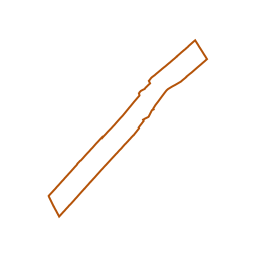 Thanyaburi, Pathum Thani, Thailand (Robinson projection), rotated 154°
{"feature_id": "78962969B80991163845890", "entity_name": "Thanyaburi", "entity_type": "district", "adm_level": 2, "iso_a3": "THA", "parent_name": "Thailand", "parent_adm1": "Pathum Thani", "projection": "robinson", "projection_center": [100.776, 14.033], "detail": "fine", "context": "isolated", "style": "outline", "palette": "amber", "viewbox_px": 256, "rotation_deg": 154, "n_neighbors": 0, "source": "geoboundaries", "source_scale": "gbopen_adm2", "svg_char_len": 5078}
<svg xmlns="http://www.w3.org/2000/svg" viewBox="0 0 256 256"><g transform="rotate(154 128 128)"><path d="M26.8,155.3L27.0,157.1L27.1,158.4L27.4,160.6L27.6,162.6L27.8,164.6L28.0,166.2L28.1,167.3L28.4,169.6L28.6,172.1L28.9,174.7L29.1,176.5L29.2,177.4L31.1,176.9L31.9,176.7L34.4,176.0L37.6,175.1L38.8,174.6L39.6,174.4L40.6,174.2L40.8,174.1L41.7,173.8L42.6,173.6L43.6,173.4L44.0,173.3L44.2,173.2L44.4,173.2L44.8,173.1L45.4,172.9L45.9,172.8L46.3,172.7L46.7,172.6L47.1,172.5L47.8,172.3L48.0,172.2L49.2,171.9L51.4,171.3L51.5,171.3L52.7,171.0L52.7,170.8L53.3,170.7L54.1,170.5L56.2,169.9L57.2,169.7L59.8,169.0L60.6,168.8L61.5,168.5L62.2,168.4L64.2,167.9L66.9,167.2L67.7,167.0L68.8,166.8L70.9,166.3L71.4,166.2L72.5,165.9L72.8,165.8L74.1,165.5L76.9,164.8L78.6,164.4L80.1,164.0L81.0,163.7L81.3,163.7L84.0,163.2L84.7,163.0L85.1,162.9L87.5,161.7L87.9,161.5L88.6,161.2L88.6,158.4L90.3,157.9L91.6,157.5L93.0,157.0L93.9,156.7L94.3,156.6L94.5,156.6L95.8,155.8L98.1,155.8L100.1,155.7L102.0,155.0L102.2,154.8L102.3,154.7L102.5,154.5L102.9,154.3L103.0,154.3L103.2,153.1L103.4,152.2L103.7,152.0L104.7,151.6L105.6,151.2L106.2,151.0L107.0,150.6L107.5,150.4L108.4,150.0L108.9,149.8L109.1,149.7L111.0,148.9L112.5,148.2L113.8,147.6L115.1,147.0L116.6,146.3L118.3,145.6L118.8,145.3L119.1,145.2L120.4,144.6L126.3,141.9L127.4,141.4L130.6,140.2L136.4,137.8L138.7,136.8L140.6,136.1L143.0,135.1L145.5,134.2L147.7,133.4L150.9,132.1L152.9,131.4L155.4,130.4L155.3,131.1L157.5,130.3L161.0,128.9L163.7,127.9L166.3,126.8L168.7,125.8L170.7,125.1L173.0,124.1L176.0,123.0L179.0,121.8L182.1,120.5L184.7,119.5L185.4,119.5L186.3,119.2L187.2,118.8L188.7,118.3L189.5,117.9L189.6,117.6L190.3,117.3L191.4,116.8L192.1,116.6L193.0,116.2L193.5,116.0L193.8,115.9L194.1,115.8L195.0,115.3L195.5,115.2L196.9,114.6L198.6,113.9L200.9,113.0L201.5,112.8L203.3,112.0L204.2,111.7L204.9,111.4L205.6,111.1L206.5,110.8L207.8,110.2L209.5,109.5L209.9,109.4L211.9,108.6L212.8,108.2L214.1,107.7L214.9,107.3L215.6,107.1L215.8,107.0L216.0,106.9L216.6,106.7L217.0,106.5L217.4,106.4L217.9,106.2L218.1,106.1L218.5,105.9L218.9,105.7L219.1,105.7L219.4,105.5L219.7,105.4L220.4,105.1L220.9,104.9L221.5,104.7L222.1,104.5L222.2,104.4L222.7,104.2L223.1,104.1L223.4,104.0L223.7,103.8L224.3,103.6L225.6,103.1L226.7,102.7L228.2,102.1L229.1,101.7L229.2,100.6L229.2,98.9L229.2,97.9L229.2,97.7L229.2,96.8L229.2,94.7L229.2,93.6L229.2,92.3L229.2,91.2L229.2,90.5L229.2,90.4L229.1,90.1L229.2,89.9L229.1,89.7L229.1,89.0L229.1,88.3L229.1,87.5L229.0,86.5L229.0,85.8L228.9,84.7L228.9,83.8L228.9,83.0L228.8,81.8L228.8,80.7L228.7,79.6L228.7,78.6L226.4,79.5L226.2,79.6L225.2,80.0L224.1,80.4L223.5,80.7L221.5,81.4L219.4,82.3L217.8,82.9L217.6,83.0L216.5,83.4L215.4,83.9L214.5,84.3L213.9,84.4L211.3,85.4L210.1,85.9L208.8,86.4L206.7,87.3L206.3,87.5L204.9,88.0L203.7,88.5L202.3,89.1L199.9,90.1L199.4,90.3L198.9,90.5L198.4,90.7L198.0,90.9L197.4,91.1L197.0,91.3L196.6,91.4L196.2,91.6L195.6,91.8L195.0,92.1L194.6,92.2L194.4,92.3L194.0,92.4L194.0,92.5L193.7,92.6L193.1,92.8L192.6,93.0L192.1,93.2L191.9,93.3L191.6,93.4L191.3,93.6L191.1,93.6L190.6,93.8L190.4,93.9L190.0,94.1L189.8,94.2L189.4,94.3L189.1,94.4L188.7,94.6L188.4,94.7L188.2,94.8L187.8,95.0L187.5,95.1L187.4,95.1L187.1,95.3L186.7,95.4L186.6,95.5L185.9,95.8L185.4,95.9L185.3,96.0L185.2,96.0L184.3,96.4L184.2,96.4L183.7,96.6L183.3,96.8L182.6,97.0L182.0,97.3L181.0,97.7L180.1,98.0L179.2,98.4L178.9,98.5L178.6,98.6L177.8,99.0L177.2,99.2L176.3,99.6L175.6,99.9L174.7,100.2L174.1,100.5L173.3,100.8L170.4,102.0L169.6,102.3L169.1,102.4L169.0,102.5L168.5,102.7L168.1,102.8L167.3,103.2L166.7,103.4L166.0,103.7L165.4,103.9L164.9,104.1L164.5,104.3L164.4,104.3L164.2,104.3L163.6,104.6L163.2,104.7L163.0,104.8L162.7,104.9L162.6,105.0L162.4,105.1L161.9,105.2L161.6,105.4L160.7,105.7L160.0,106.0L159.2,106.3L158.7,106.5L157.9,106.8L157.3,107.1L156.4,107.4L155.8,107.7L155.3,107.8L154.5,108.2L153.5,108.5L152.6,108.9L151.8,109.2L151.4,109.3L150.9,109.6L150.0,109.9L148.8,110.3L148.3,110.5L147.6,110.8L146.4,111.3L144.9,111.9L144.4,112.0L143.6,112.3L141.8,113.0L141.7,113.1L141.0,113.4L139.8,113.9L138.8,114.3L138.4,114.5L137.2,114.9L136.5,115.1L136.3,115.2L135.6,115.5L134.2,116.0L133.9,116.1L133.7,116.2L133.4,116.3L133.0,116.5L132.3,116.8L131.4,117.1L130.1,117.6L129.3,118.0L128.8,118.2L128.4,118.3L127.3,118.7L127.0,118.8L126.9,118.9L126.6,119.0L126.3,119.0L126.1,119.0L124.7,119.7L123.0,120.5L121.9,121.0L121.3,121.3L120.3,121.8L119.6,122.1L119.3,122.2L119.0,122.4L118.4,122.7L118.3,123.1L118.2,123.1L118.2,123.8L115.7,125.1L114.2,125.8L112.6,126.6L110.8,127.5L110.8,128.1L110.8,128.9L110.3,128.9L109.2,128.9L109.0,129.0L108.9,129.0L108.5,129.0L107.3,129.0L106.9,129.0L106.2,129.0L105.6,129.0L104.9,129.0L104.2,129.3L104.0,129.5L98.7,133.5L98.0,133.5L97.4,133.5L96.8,133.5L96.8,134.4L93.1,136.7L89.6,138.4L83.7,141.5L79.2,143.8L76.9,144.9L75.2,145.4L74.5,145.5L70.3,145.9L68.0,146.0L67.2,146.0L60.2,146.5L58.0,147.1L55.8,147.6L53.4,148.2L53.3,148.3L53.2,148.3L53.1,148.5L52.3,148.7L51.4,148.9L48.9,149.5L46.5,150.0L39.1,152.0L35.6,152.9L34.0,153.3L33.0,153.6L29.9,154.4L26.8,155.3Z" fill="none" stroke="#b45309" stroke-width="2"/></g></svg>